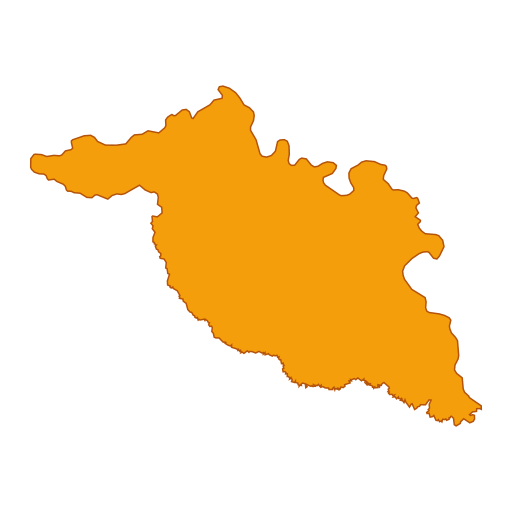 the district of La Victoria (Pacoa), Amazonas, Colombia
{"feature_id": "7082276B65279517003270", "entity_name": "La Victoria (Pacoa)", "entity_type": "district", "adm_level": 2, "iso_a3": "COL", "parent_name": "Colombia", "parent_adm1": "Amazonas", "projection": "orthographic", "projection_center": [-71.093, -0.129], "detail": "fine", "context": "isolated", "style": "filled", "palette": "amber", "viewbox_px": 512, "rotation_deg": 0, "n_neighbors": 0, "source": "geoboundaries", "source_scale": "gbopen_adm2", "svg_char_len": 6085}
<svg xmlns="http://www.w3.org/2000/svg" viewBox="0 0 512 512"><path d="M481.3,409.3L481.2,405.8L469.6,397.8L468.5,395.9L464.5,392.2L463.2,388.9L462.2,377.8L456.6,373.4L454.5,369.9L455.0,365.0L458.0,359.1L458.7,355.7L457.5,340.7L455.5,337.4L451.5,333.0L449.8,328.8L449.4,326.0L450.8,320.2L449.2,317.8L444.4,315.4L439.2,313.9L429.1,312.5L426.8,311.1L425.6,307.8L426.1,301.9L425.1,297.6L411.8,289.4L404.5,279.3L403.1,275.2L402.6,271.2L404.6,265.8L412.1,258.4L419.2,253.6L422.9,252.1L427.2,251.7L429.0,252.4L433.5,258.2L436.9,259.0L439.5,255.9L444.0,246.7L442.7,240.4L438.8,235.7L435.9,234.6L425.2,233.7L421.9,231.3L419.3,228.2L417.7,224.3L420.3,221.7L420.4,220.3L415.2,216.7L418.4,212.9L415.9,207.9L416.5,205.5L419.4,203.0L417.6,198.2L416.5,197.6L413.6,198.5L412.0,198.2L407.4,193.0L404.5,191.2L398.2,189.7L393.4,190.0L392.0,189.3L388.3,183.8L383.3,179.4L383.7,175.6L386.8,168.9L386.3,166.3L385.0,165.2L380.6,164.4L374.4,161.6L366.0,160.8L361.6,162.1L358.0,165.1L351.1,168.7L348.9,173.1L349.1,178.2L350.8,182.9L353.6,187.4L353.8,190.5L349.8,194.1L346.8,195.3L341.4,195.7L339.5,195.0L325.2,185.1L323.6,182.8L323.0,180.1L323.4,177.4L332.3,173.5L335.9,168.5L336.4,165.4L333.2,162.7L327.4,161.8L322.5,163.4L317.9,166.3L314.3,166.9L311.2,165.0L306.3,158.9L301.7,158.1L299.3,159.4L294.7,165.2L291.4,165.4L289.1,163.6L288.2,160.5L289.3,154.1L289.0,145.8L287.3,141.3L284.4,139.7L280.0,140.0L277.6,141.6L275.4,151.2L271.4,155.5L266.6,157.1L262.1,156.2L260.0,153.7L256.1,139.9L250.5,130.2L250.6,126.9L253.5,120.6L254.2,115.6L253.5,112.0L249.5,107.8L244.0,104.9L239.9,98.1L235.7,92.8L229.3,88.2L223.0,86.1L219.4,86.7L218.1,89.6L222.4,95.4L222.1,98.3L214.0,100.1L210.0,104.8L197.8,111.8L193.1,118.5L191.7,118.0L189.4,111.8L186.2,109.4L182.2,110.0L175.4,115.6L173.9,115.7L171.9,114.5L170.6,115.2L167.6,117.2L165.6,120.0L165.9,125.5L164.8,127.8L158.8,132.9L148.0,130.8L142.1,134.3L134.4,134.9L131.3,137.4L125.8,143.9L116.3,145.2L105.4,145.1L97.6,141.5L94.5,137.4L90.6,135.3L84.1,135.8L72.6,139.8L71.4,140.9L71.4,142.5L72.7,148.3L70.9,149.7L65.4,150.9L61.7,155.1L59.5,155.8L53.9,155.4L46.7,156.5L41.5,154.6L35.3,154.2L34.0,154.5L30.8,158.6L30.7,167.4L31.6,169.4L34.3,172.1L39.0,173.8L44.0,174.1L46.2,175.7L47.3,178.7L48.5,180.0L54.2,179.2L56.8,181.4L63.4,184.3L65.3,186.3L66.4,189.9L67.5,191.1L71.2,191.3L74.1,192.7L80.1,193.2L86.9,197.4L91.9,197.7L94.8,195.2L97.0,194.7L107.8,199.1L112.1,195.5L116.8,193.9L121.2,194.5L124.8,193.6L139.5,185.2L145.2,190.0L151.1,192.6L154.2,191.9L157.4,194.0L158.3,197.3L157.5,204.3L161.7,207.3L162.1,212.9L157.3,216.9L152.7,216.0L152.0,216.6L152.5,221.5L150.9,223.2L153.0,225.8L152.3,228.7L155.0,232.3L153.0,237.4L152.9,241.8L154.4,242.6L154.3,243.8L155.1,244.0L155.4,245.2L156.3,245.1L155.4,246.5L156.5,249.2L157.9,249.7L158.6,251.8L160.9,253.6L160.7,256.0L159.7,256.6L160.2,258.3L164.1,259.0L166.3,262.6L165.7,268.0L167.1,268.7L167.8,273.5L169.5,274.2L167.4,280.9L167.6,285.0L170.2,286.0L169.9,286.9L171.2,288.0L172.8,287.0L173.2,288.4L177.3,290.8L179.9,295.5L179.1,296.2L179.8,297.2L179.4,298.3L183.0,299.1L183.2,301.1L186.2,303.4L187.8,309.6L190.1,312.1L191.6,312.3L193.3,315.3L194.7,315.8L194.9,317.3L196.3,318.1L197.3,317.5L198.2,320.1L199.0,319.4L200.0,320.0L204.1,319.2L204.9,320.4L205.3,319.3L207.3,320.7L208.4,322.6L209.4,322.8L208.7,324.8L209.9,326.5L211.5,326.1L212.3,327.7L211.8,331.5L213.3,333.2L214.2,337.2L215.8,337.9L219.0,337.9L223.1,342.1L225.6,342.2L225.9,342.7L225.2,343.4L228.3,345.3L230.5,346.0L231.6,344.9L231.6,347.3L237.0,349.0L237.9,350.4L238.5,349.4L239.8,351.3L240.5,350.4L241.2,351.8L240.9,352.7L242.2,352.1L243.9,353.4L247.3,350.8L248.9,352.3L249.6,351.5L252.1,351.6L255.6,353.0L258.9,351.4L262.0,353.0L263.3,352.6L263.3,354.1L265.0,352.6L265.1,354.8L268.5,353.7L269.3,354.8L272.3,356.1L273.4,355.2L275.0,355.8L277.0,355.3L277.6,357.2L278.9,356.8L278.6,358.7L279.6,359.8L280.7,359.6L281.5,363.6L283.1,363.1L283.2,365.0L284.1,365.3L283.2,366.7L283.8,368.3L282.6,368.9L283.1,371.8L284.8,371.6L286.0,372.7L285.6,373.9L287.4,373.8L287.2,376.5L288.7,376.6L289.5,378.1L290.4,377.7L289.8,379.1L291.4,378.2L292.2,379.9L291.5,381.6L294.6,382.5L295.4,381.2L295.4,382.5L297.8,383.0L298.2,384.8L299.3,385.2L299.2,386.2L300.2,385.1L301.4,385.4L301.1,384.2L302.5,383.1L305.3,383.8L305.8,387.7L307.1,386.7L306.1,385.3L306.5,384.4L310.7,386.3L312.1,385.5L312.3,386.4L313.5,386.5L314.3,386.3L313.9,384.9L315.6,386.1L315.9,385.3L317.3,385.6L318.5,384.4L319.7,386.3L321.1,385.2L320.9,387.2L322.9,386.6L325.1,387.9L328.7,388.1L329.0,389.5L332.7,389.5L332.6,388.4L333.9,387.2L334.8,389.8L335.2,388.5L336.7,389.0L337.4,388.1L338.9,388.5L338.2,389.5L339.0,389.9L340.2,389.0L340.9,387.0L343.2,387.6L345.0,386.2L344.6,384.7L350.1,382.9L349.1,380.9L351.4,380.9L350.6,379.5L351.8,379.7L354.3,378.6L355.8,379.7L357.8,377.9L361.5,380.8L363.8,379.0L363.7,380.2L365.2,380.7L365.0,381.9L366.2,381.2L367.4,382.3L365.7,383.3L367.2,385.0L368.0,384.7L367.6,383.3L369.2,383.6L369.4,384.8L370.4,384.0L370.4,385.2L372.7,386.2L372.6,387.3L373.7,387.2L373.8,388.1L374.8,386.9L375.2,387.8L377.9,387.6L377.9,385.7L379.5,387.1L379.8,386.0L378.9,384.9L381.3,385.4L381.9,383.8L383.9,382.5L389.1,387.1L389.3,388.3L388.2,389.2L388.8,390.6L387.9,391.7L389.2,392.1L388.6,393.2L389.7,394.5L392.0,394.3L392.8,395.5L394.4,395.0L393.1,397.0L395.0,396.8L396.6,398.8L398.4,397.0L398.7,398.5L400.4,399.0L401.5,398.3L402.1,399.1L400.6,400.3L402.7,400.8L404.0,402.6L405.0,399.9L405.6,401.7L409.5,407.1L411.3,404.0L412.1,403.7L414.6,409.5L416.7,408.2L417.6,406.8L419.6,406.3L420.5,404.7L425.5,404.8L429.0,399.9L431.1,400.1L429.2,404.3L429.5,408.2L428.2,409.6L429.0,410.7L426.7,412.4L427.0,413.5L429.1,413.3L430.1,417.1L432.6,416.6L433.8,415.5L436.0,420.3L437.4,420.6L438.4,419.6L439.5,421.7L441.1,421.0L441.9,421.9L442.7,419.2L444.4,419.6L445.8,418.9L446.5,420.3L449.1,419.3L449.1,417.8L450.2,417.7L450.6,416.5L451.5,416.3L453.5,418.3L454.3,424.7L456.1,425.9L460.2,423.5L460.7,421.7L463.7,418.7L469.8,422.8L473.3,421.3L474.6,418.8L474.4,415.3L472.5,414.7L470.4,415.5L469.5,414.6L472.5,411.9L476.5,411.4L476.7,408.7L479.9,408.6L481.3,409.3Z" fill="#f59e0b" stroke="#b45309" stroke-width="1.5"/></svg>